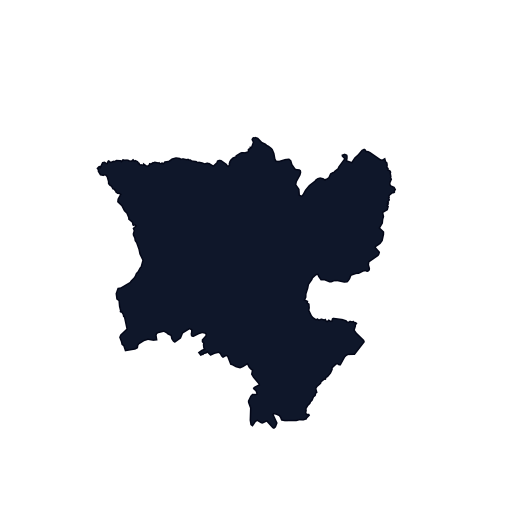 the district of Kabongo, Katanga, Democratic Republic of the Congo, rotated 146°
{"feature_id": "63176286B531915432051", "entity_name": "Kabongo", "entity_type": "district", "adm_level": 2, "iso_a3": "COD", "parent_name": "Democratic Republic of the Congo", "parent_adm1": "Katanga", "projection": "orthographic", "projection_center": [25.515, -7.094], "detail": "fine", "context": "isolated", "style": "filled", "palette": "ink", "viewbox_px": 512, "rotation_deg": 146, "n_neighbors": 0, "source": "geoboundaries", "source_scale": "gbopen_adm2", "svg_char_len": 6148}
<svg xmlns="http://www.w3.org/2000/svg" viewBox="0 0 512 512"><g transform="rotate(146 256 256)"><path d="M338.5,417.3L338.4,415.7L339.3,414.3L339.5,410.3L337.4,408.2L336.3,408.1L335.2,407.0L335.0,404.9L336.5,400.3L337.7,398.4L337.5,396.3L336.7,394.6L337.0,391.7L336.0,390.4L336.2,389.1L335.9,388.2L336.3,387.4L335.6,385.3L334.2,384.2L333.6,382.7L338.5,380.2L340.2,378.2L339.0,372.7L339.7,367.1L339.0,363.7L340.0,358.8L340.8,357.7L339.5,352.9L340.6,350.6L340.4,349.9L339.0,349.7L338.5,347.9L342.2,347.4L342.7,345.0L345.3,342.9L345.9,341.7L346.3,338.8L347.5,336.2L347.4,333.9L349.2,326.9L351.0,322.6L352.0,315.7L357.3,311.1L358.7,310.8L362.5,308.8L364.9,308.3L367.4,306.6L369.4,305.8L373.5,305.0L375.0,304.3L386.0,305.0L388.5,306.2L392.9,302.9L395.3,298.1L394.4,295.6L397.2,290.6L398.8,286.3L399.5,285.7L399.2,285.0L398.5,284.9L398.7,281.6L399.5,279.9L399.1,278.9L403.7,267.5L412.2,266.1L414.3,264.7L415.4,260.1L416.4,257.6L415.7,255.5L417.1,250.6L408.3,246.6L405.8,246.3L404.9,247.0L404.8,247.7L402.5,248.8L396.2,248.6L392.1,247.4L388.1,243.6L385.2,242.1L383.3,246.2L381.9,247.3L380.4,247.4L374.4,245.2L372.9,242.3L372.5,240.5L370.7,237.6L372.0,234.5L372.0,231.5L371.4,230.1L364.5,230.3L360.0,233.3L351.7,233.0L350.5,230.8L351.9,228.8L353.0,227.8L353.8,226.4L353.8,225.4L352.9,224.5L346.8,223.7L343.4,222.7L341.4,220.7L340.9,219.1L342.1,217.7L347.3,216.4L348.3,214.9L348.0,212.8L349.2,211.7L350.6,208.9L350.6,207.4L353.5,208.0L357.4,207.9L357.2,204.7L355.9,204.6L355.0,204.1L353.7,204.4L351.6,203.6L349.9,203.8L349.0,199.3L344.7,198.6L340.8,197.1L340.0,195.1L340.3,192.4L339.9,190.6L336.3,190.3L335.5,188.7L337.4,180.4L336.3,179.1L334.4,175.4L331.7,172.3L328.7,171.7L323.3,171.5L323.8,167.4L323.3,164.6L322.6,163.4L325.6,160.4L325.8,156.9L324.9,148.2L325.3,147.3L330.3,147.9L331.9,147.7L332.0,146.6L331.3,144.5L331.8,142.0L332.4,141.0L333.8,141.3L336.3,143.1L338.6,142.6L343.3,139.9L344.0,138.6L345.4,132.9L352.5,123.1L354.4,119.0L353.8,117.3L349.1,119.2L346.8,119.1L344.8,114.8L344.0,114.0L339.3,113.3L338.0,104.3L337.4,103.3L335.5,103.5L332.1,105.9L330.6,115.1L329.6,115.5L327.7,113.7L325.8,110.7L325.8,108.4L326.4,105.7L324.2,103.5L314.6,97.1L311.6,96.1L308.5,93.8L305.4,92.9L304.9,93.4L301.0,94.2L300.9,95.1L302.8,96.4L302.4,98.5L301.0,99.7L300.0,101.6L296.6,103.2L293.8,103.7L292.4,104.7L290.2,105.1L287.1,107.2L285.0,107.3L283.2,109.0L281.9,109.0L280.8,112.3L280.1,113.1L278.4,113.8L273.7,114.4L272.5,115.4L268.5,115.8L267.3,115.1L266.0,116.3L264.1,116.1L259.7,117.4L256.4,119.4L255.5,120.8L249.9,121.7L248.6,121.2L248.0,119.5L247.0,118.7L239.0,122.8L236.9,123.2L234.8,123.0L229.3,119.5L214.4,124.4L214.0,125.9L216.1,136.0L216.2,139.7L212.9,142.3L212.2,143.3L210.4,144.0L210.9,145.2L211.7,145.7L212.0,147.3L213.2,147.5L214.6,149.2L216.1,149.1L216.7,149.5L217.6,150.6L217.6,151.9L220.1,155.1L226.8,161.0L227.7,161.1L229.4,159.6L230.7,160.0L231.6,162.1L233.6,161.7L234.3,162.7L234.1,164.6L235.2,164.7L237.2,167.1L239.8,167.6L240.3,169.4L241.6,169.5L242.1,170.0L243.4,173.3L243.6,175.5L242.7,181.5L241.0,183.2L239.1,186.5L239.9,188.5L238.7,189.6L240.5,192.4L237.8,194.0L235.9,196.7L231.2,200.4L228.4,203.2L222.9,205.3L221.6,206.3L216.9,207.0L214.9,206.3L215.4,204.0L215.3,199.9L212.4,198.0L209.4,193.5L207.9,192.5L205.2,192.0L202.0,189.9L197.3,185.0L194.9,183.7L193.5,184.0L191.2,184.9L188.3,186.9L187.5,186.9L182.7,185.6L180.5,184.3L175.5,183.7L173.4,182.7L172.4,181.2L171.5,180.9L169.9,181.2L169.0,182.3L167.8,185.9L165.8,188.1L154.5,188.3L153.0,189.0L151.7,190.2L152.5,196.3L151.5,197.0L146.1,197.1L142.8,198.3L138.2,202.7L136.9,204.6L138.1,210.2L132.9,212.7L130.5,215.6L128.3,217.4L126.8,221.1L126.1,221.3L121.3,221.0L118.8,223.2L119.3,224.2L117.3,225.2L117.8,225.9L116.5,226.4L116.7,227.3L114.7,227.7L113.9,228.5L113.8,229.9L112.8,230.2L112.6,231.1L111.4,231.9L107.7,232.2L106.4,231.5L105.6,231.5L104.9,232.6L103.4,233.2L103.2,235.7L105.2,238.9L105.0,240.7L104.1,241.9L100.9,244.0L100.7,245.7L99.8,246.5L98.4,249.6L97.6,250.2L97.4,251.5L98.5,253.6L97.6,254.8L98.0,256.3L96.5,258.0L95.5,260.0L95.9,261.7L94.9,264.6L97.9,264.8L99.2,266.4L103.7,278.0L104.8,279.9L106.3,280.9L106.2,282.9L106.7,283.9L109.0,284.2L114.7,282.6L119.1,282.0L124.4,279.8L127.8,284.3L125.9,286.2L124.7,288.0L124.5,288.9L125.7,290.7L128.1,291.3L128.5,290.5L127.9,286.9L137.7,283.4L139.0,282.4L143.5,282.1L144.6,281.6L145.7,282.1L148.2,282.3L151.8,280.1L154.3,280.1L155.6,280.5L156.3,280.3L157.2,282.5L159.2,284.7L161.5,285.5L163.8,285.5L165.0,285.0L172.4,284.5L178.1,282.8L182.5,280.5L185.0,280.0L186.1,282.3L183.2,287.3L183.3,292.9L181.0,295.2L174.2,298.7L172.3,300.4L171.6,301.9L172.0,303.1L174.7,305.4L175.1,306.4L175.2,311.7L174.0,315.5L174.6,317.8L177.8,319.5L183.9,321.4L186.4,323.2L186.2,325.8L183.9,331.0L183.1,335.0L183.2,336.4L184.4,340.1L185.3,341.5L185.7,343.4L187.8,346.9L188.8,352.6L190.4,354.6L191.4,354.7L192.1,355.5L193.4,355.1L194.1,354.6L194.4,351.8L198.3,348.9L199.7,348.3L200.0,349.2L201.0,348.3L202.3,348.6L203.0,348.3L203.6,346.9L205.3,346.8L206.1,347.4L207.1,347.4L209.9,349.5L211.3,349.9L216.4,350.1L217.0,349.3L220.3,350.1L223.1,349.6L225.0,348.7L226.6,347.3L227.1,346.2L229.0,345.8L229.5,347.0L229.4,348.5L231.7,354.6L232.9,355.7L234.8,356.2L236.1,355.1L240.7,354.4L241.3,354.6L243.3,359.0L243.7,359.1L244.5,360.2L247.1,361.0L248.6,363.2L250.7,365.4L252.3,366.2L252.9,367.8L256.3,370.7L256.7,372.2L257.7,372.8L258.2,374.0L259.9,374.8L262.2,377.3L264.2,378.1L264.7,379.5L267.5,382.0L271.4,383.3L275.3,383.1L279.0,384.9L281.1,384.2L281.5,384.4L281.9,385.6L282.5,385.4L284.2,386.4L284.2,387.5L284.9,387.6L287.5,390.3L288.7,390.5L289.3,391.0L290.6,390.6L291.1,391.2L291.8,391.0L292.6,391.9L293.3,391.1L294.1,391.2L294.7,390.8L295.4,391.2L296.3,391.2L297.7,394.9L298.2,394.0L300.0,395.6L300.7,395.7L301.5,397.3L301.1,398.2L301.6,399.2L301.5,400.4L302.7,402.5L303.8,402.5L304.1,404.5L306.3,404.2L307.9,405.6L308.6,407.0L310.5,408.4L311.0,408.4L312.3,409.9L312.8,410.1L313.2,409.5L314.9,409.5L314.7,410.4L318.3,413.2L320.3,413.3L321.3,414.2L324.0,414.7L324.6,415.7L324.9,417.2L325.7,417.2L327.6,415.8L328.4,416.3L329.2,418.4L331.0,419.1L335.5,416.4L335.5,417.5L336.2,417.8L338.5,417.3Z" fill="#0f172a" stroke="#020617" stroke-width="1.5"/></g></svg>